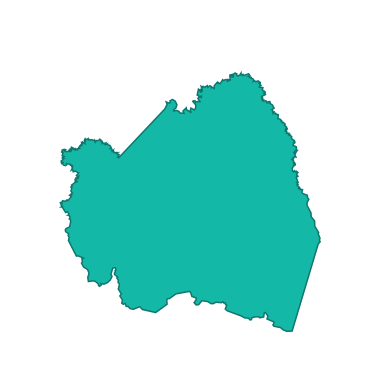 the district of Calamar, Guaviare, Colombia, rotated 197°
{"feature_id": "7082276B89930960352961", "entity_name": "Calamar", "entity_type": "district", "adm_level": 2, "iso_a3": "COL", "parent_name": "Colombia", "parent_adm1": "Guaviare", "projection": "albers", "projection_center": [-72.972, 1.543], "detail": "fine", "context": "isolated", "style": "filled", "palette": "teal", "viewbox_px": 384, "rotation_deg": 197, "n_neighbors": 0, "source": "geoboundaries", "source_scale": "gbopen_adm2", "svg_char_len": 6018}
<svg xmlns="http://www.w3.org/2000/svg" viewBox="0 0 384 384"><g transform="rotate(197 192 192)"><path d="M242.3,263.4L272.1,203.3L273.3,203.6L272.3,204.8L273.2,205.2L272.7,206.4L275.8,206.9L274.8,207.9L278.3,206.9L278.8,208.1L279.7,207.6L279.6,209.0L280.5,207.8L281.2,209.6L282.9,209.5L282.2,210.7L283.9,212.5L286.6,212.6L286.9,213.5L288.8,211.8L289.5,212.3L289.0,213.6L290.8,212.4L292.1,213.5L292.4,212.6L292.9,214.4L293.8,214.4L293.6,213.0L294.4,215.1L295.6,215.6L296.4,213.9L298.4,213.3L298.8,212.2L299.8,212.9L299.5,211.8L300.6,212.7L303.2,212.7L305.8,211.6L306.7,212.9L307.8,211.6L309.4,211.5L308.5,210.2L309.3,210.6L309.6,209.9L309.9,210.8L310.1,210.0L308.8,209.2L309.3,207.9L308.7,207.2L312.0,208.1L310.0,206.4L312.0,206.9L311.5,205.8L312.1,204.6L311.2,205.1L311.0,204.4L313.1,202.1L313.4,200.9L312.5,200.8L314.5,199.7L313.9,199.0L315.6,198.0L316.4,199.3L317.4,198.1L318.5,198.3L317.9,199.1L320.4,199.6L320.0,197.5L320.6,197.5L320.6,196.5L319.5,196.0L320.0,195.0L321.3,195.3L321.6,196.4L322.4,194.5L324.0,193.9L325.6,194.9L326.1,193.6L326.6,194.9L325.8,195.5L326.5,195.5L328.4,194.3L327.7,192.1L329.1,192.4L326.7,191.4L326.9,189.0L324.6,188.6L326.0,187.4L324.7,186.9L325.7,186.7L326.1,185.9L325.5,186.4L324.7,185.5L326.2,183.4L325.0,182.6L325.6,182.0L325.0,181.3L324.7,182.5L323.9,182.5L324.1,181.4L322.9,180.2L320.7,180.2L319.7,181.4L320.2,182.6L316.2,182.8L316.0,182.0L314.7,182.5L313.7,181.8L314.8,180.7L313.8,181.1L313.4,180.3L313.7,177.8L312.9,178.8L311.5,176.6L309.6,177.8L306.0,177.1L307.3,174.2L306.6,174.1L306.3,172.5L305.0,173.9L304.9,171.5L307.2,171.4L307.5,169.8L305.2,168.8L305.1,168.0L306.9,168.3L306.6,166.9L309.2,163.4L308.1,162.3L309.3,161.3L308.0,160.2L308.1,157.5L306.1,156.1L307.9,153.4L306.9,153.6L307.6,152.9L306.0,152.4L308.1,147.5L309.2,148.0L310.4,146.1L313.2,145.8L313.0,144.8L314.8,143.3L313.7,142.4L313.5,143.2L312.9,142.9L313.5,141.4L311.8,140.5L312.8,139.4L311.6,139.6L306.8,135.4L305.3,136.7L303.4,135.0L303.0,134.0L303.8,133.5L302.3,133.4L301.2,132.1L301.5,130.4L300.3,130.2L299.3,127.9L298.9,122.8L301.8,120.2L302.1,118.7L301.2,117.1L297.9,116.1L297.7,114.0L296.2,112.8L296.0,109.5L283.8,96.9L282.3,97.6L276.4,97.1L277.8,95.8L276.5,93.8L276.8,91.5L273.8,88.6L269.1,87.3L266.7,84.0L266.7,79.8L264.9,76.1L260.3,78.2L258.3,78.2L254.8,76.8L254.1,75.3L252.8,74.8L251.6,76.5L252.4,77.8L249.3,78.1L246.5,80.5L244.5,83.7L243.8,87.8L245.5,89.7L245.5,96.0L243.1,97.2L241.9,95.1L242.6,94.3L241.9,93.4L242.5,91.9L242.0,90.5L238.1,88.8L238.7,87.7L236.8,86.4L236.3,84.0L234.4,82.6L234.1,77.6L229.8,73.9L230.6,71.5L227.0,68.5L226.7,65.1L224.8,64.5L223.3,66.0L221.5,63.4L219.5,63.8L217.2,62.4L213.8,62.7L208.4,67.1L205.1,65.1L191.5,66.1L183.0,77.4L184.6,81.5L184.2,82.8L182.4,83.5L177.5,89.9L165.4,96.2L163.8,95.3L161.6,92.1L157.1,91.9L156.5,89.9L157.7,86.8L155.0,85.2L152.7,86.2L150.7,91.0L144.8,91.8L141.2,90.8L138.9,91.5L136.9,93.6L131.6,94.7L130.3,96.0L129.1,95.1L127.6,95.6L127.1,94.2L125.7,93.9L126.0,89.8L123.5,88.7L108.3,87.8L105.0,87.0L101.1,87.9L99.2,86.6L97.8,87.3L98.1,89.1L95.0,91.1L92.1,92.1L90.5,91.5L86.9,93.4L87.6,97.7L86.6,98.2L83.1,95.5L83.2,92.5L75.9,91.7L75.2,90.7L75.8,88.7L74.6,87.6L67.7,88.2L64.4,86.8L60.5,86.5L55.6,88.3L56.1,179.1L54.9,181.9L56.0,183.0L56.1,185.3L59.2,189.0L59.0,190.2L64.6,195.2L66.3,200.2L70.8,203.2L72.1,206.8L78.2,213.0L78.8,215.9L78.1,219.1L80.1,220.7L80.7,222.6L85.6,222.9L86.8,223.7L87.0,226.6L88.9,226.2L89.8,227.1L89.7,226.1L91.1,226.5L90.7,227.8L93.2,228.9L92.7,230.0L93.7,230.2L93.4,231.8L94.3,231.8L93.6,232.5L96.6,236.4L95.9,237.3L96.4,237.7L95.4,238.1L97.3,239.7L96.4,241.6L98.3,242.4L98.8,241.5L100.3,242.3L100.9,240.9L102.0,241.4L103.2,244.5L102.0,247.0L102.6,247.6L101.3,247.9L101.3,248.8L102.5,250.0L102.7,249.3L103.6,249.6L104.2,251.8L105.9,252.2L104.6,253.5L105.5,253.9L104.6,255.4L102.8,255.8L104.5,257.5L104.3,259.1L105.2,258.7L106.2,259.4L105.7,260.7L105.5,259.8L104.1,260.8L103.5,262.6L104.3,262.4L105.4,265.7L109.0,266.2L109.0,268.8L108.2,268.8L108.1,269.8L109.3,269.6L109.1,271.1L112.6,272.2L112.9,274.3L116.2,274.9L115.5,275.7L116.5,275.7L116.5,276.5L118.8,275.8L118.8,277.1L120.8,277.7L120.6,279.5L119.8,278.8L120.1,279.7L119.3,280.1L119.6,280.7L120.8,280.1L120.7,281.8L123.7,283.2L122.6,283.2L122.9,284.3L125.6,285.4L126.0,284.6L127.5,285.6L127.2,286.5L129.4,287.5L131.2,287.2L132.1,291.2L134.6,290.9L134.8,291.7L136.1,291.7L137.3,290.8L137.1,292.6L138.3,292.1L138.9,293.9L139.8,294.1L138.0,296.2L140.6,298.8L143.5,299.6L143.5,300.4L144.2,300.0L144.3,301.1L145.9,300.3L146.3,299.2L147.8,300.8L150.3,299.9L151.0,300.0L150.6,300.8L151.9,300.5L151.8,301.6L153.3,302.2L152.2,302.3L153.2,303.1L152.4,303.5L153.0,304.2L149.7,307.1L151.4,306.3L151.1,308.3L152.3,308.0L151.8,309.4L154.5,309.9L154.7,312.5L158.2,311.9L158.4,313.9L156.6,313.8L158.4,314.8L158.7,316.5L159.8,315.7L159.7,317.0L161.4,317.6L163.1,316.1L164.7,316.7L165.7,315.7L165.5,316.9L167.0,318.1L168.7,318.0L168.9,318.9L170.5,318.4L170.5,319.6L171.9,319.2L170.9,320.4L172.4,321.6L177.2,318.2L177.6,319.4L179.4,318.3L179.9,320.0L180.5,317.9L182.2,316.2L183.8,317.2L183.6,318.0L185.6,318.4L187.0,316.2L186.6,315.4L187.6,315.5L186.3,314.9L186.3,313.9L189.2,313.9L188.2,316.0L190.0,314.9L188.2,310.2L190.3,310.2L189.7,308.8L190.4,308.2L190.9,309.5L192.7,309.4L194.5,307.8L195.5,308.4L196.7,303.8L199.5,304.5L199.2,303.5L200.2,303.7L201.8,300.2L201.0,297.5L203.0,298.0L204.0,297.3L204.3,298.5L206.0,298.8L207.5,296.9L208.5,298.2L210.6,295.7L212.3,296.3L212.7,295.3L214.1,295.7L212.6,293.3L214.5,292.2L213.1,291.3L212.0,292.3L211.7,291.3L212.8,290.1L215.9,292.1L215.4,286.2L212.6,285.6L210.9,286.5L210.7,285.0L213.1,285.2L213.7,283.2L210.8,280.8L213.4,280.1L214.4,278.8L215.7,280.1L217.5,279.6L217.7,278.8L213.8,276.3L213.1,273.5L213.7,271.2L217.6,271.9L217.4,268.9L215.7,267.6L221.4,269.2L222.1,270.8L224.3,266.9L222.7,264.9L226.9,264.0L228.0,265.3L230.7,265.5L233.3,264.1L233.7,265.1L232.0,267.6L231.9,271.0L234.6,274.0L237.8,274.8L239.7,272.7L239.0,271.1L239.8,270.3L243.0,270.6L241.4,268.5L242.3,263.4Z" fill="#14b8a6" stroke="#0f766e" stroke-width="1.5"/></g></svg>